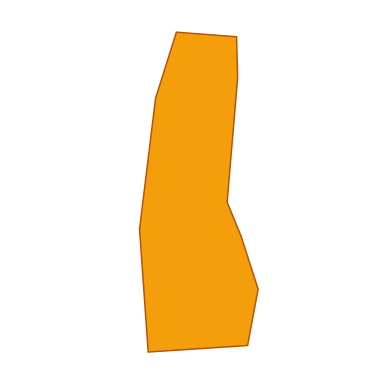 the border of Sowa, rotated 81°
{"feature_id": "BWA-5505", "entity_name": "Sowa", "entity_type": "Township", "adm_level": 1, "iso_a3": "BWA", "parent_name": "Botswana", "parent_adm1": "", "projection": "orthographic", "projection_center": [26.183, -20.572], "detail": "fine", "context": "isolated", "style": "filled", "palette": "amber", "viewbox_px": 384, "rotation_deg": 81, "n_neighbors": 0, "source": "natural_earth", "source_scale": "10m", "svg_char_len": 297}
<svg xmlns="http://www.w3.org/2000/svg" viewBox="0 0 384 384"><g transform="rotate(81 192 192)"><path d="M45.7,123.7L86.6,129.1L207.5,158.9L243.4,150.4L298.3,141.9L352.3,161.1L343.2,260.3L220.4,249.6L93.7,213.3L31.7,182.4L45.7,123.7Z" fill="#f59e0b" stroke="#b45309" stroke-width="1.5"/></g></svg>